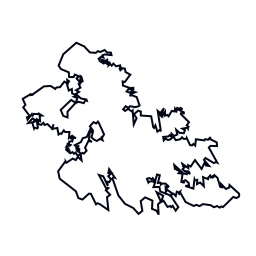 the district of Vestvågøy nor, Nordland, Norway, rotated 262°
{"feature_id": "86288312B23095338426398", "entity_name": "Vestvågøy nor", "entity_type": "district", "adm_level": 2, "iso_a3": "NOR", "parent_name": "Norway", "parent_adm1": "Nordland", "projection": "albers", "projection_center": [13.78, 68.202], "detail": "fine", "context": "isolated", "style": "outline", "palette": "ink", "viewbox_px": 256, "rotation_deg": 262, "n_neighbors": 0, "source": "geoboundaries", "source_scale": "gbopen_adm2", "svg_char_len": 5777}
<svg xmlns="http://www.w3.org/2000/svg" viewBox="0 0 256 256"><g transform="rotate(262 128 128)"><path d="M47.4,228.9L57.4,220.6L55.0,220.0L54.0,216.5L59.2,212.7L56.2,212.9L56.9,211.1L66.1,209.7L68.6,207.6L66.7,204.2L68.6,205.4L67.6,203.3L69.5,202.8L67.0,199.7L65.7,201.0L68.9,195.5L59.8,195.0L64.0,191.8L62.8,188.5L67.0,189.4L66.7,186.7L66.9,186.6L67.5,186.8L67.9,186.7L58.9,184.3L62.6,176.7L62.7,180.4L65.2,180.4L68.4,177.6L67.4,175.0L65.8,176.4L67.2,173.3L75.0,175.7L76.2,171.8L77.7,173.6L81.1,168.7L84.9,168.7L75.4,176.4L74.1,179.7L76.5,180.0L73.8,183.0L76.6,182.0L77.2,178.2L79.6,176.3L81.2,178.4L82.5,177.2L82.9,177.8L84.9,176.7L85.1,176.7L79.9,182.1L82.8,182.4L81.1,184.7L86.9,189.9L77.2,195.2L83.1,199.1L80.1,199.9L79.1,203.0L85.8,198.8L87.5,200.5L81.3,208.2L82.0,210.2L81.2,211.6L97.4,205.3L98.8,207.2L97.7,213.6L101.4,213.9L105.7,207.6L107.5,208.5L105.2,205.6L106.2,203.0L105.1,201.9L107.4,193.7L101.2,192.1L103.1,190.5L101.9,189.1L102.4,187.1L110.1,184.7L109.2,184.3L109.4,181.7L111.3,180.2L109.6,178.3L109.3,173.6L113.2,171.7L110.8,168.4L110.6,165.8L112.4,163.5L110.8,161.7L114.3,161.6L114.0,166.6L115.1,168.4L113.6,169.5L116.4,170.3L113.7,172.3L114.7,175.9L119.5,175.5L116.0,178.4L115.1,182.5L117.9,184.1L119.8,181.8L120.0,186.8L119.2,187.2L121.1,187.5L120.3,188.8L122.4,186.5L125.3,189.2L134.4,182.3L135.8,183.0L134.7,185.2L135.7,185.5L139.0,180.7L139.7,181.8L139.2,184.7L140.6,182.7L139.8,181.8L141.0,179.5L138.1,178.4L140.5,177.3L137.8,176.6L138.9,173.8L134.0,169.8L135.5,168.7L135.1,166.4L138.9,166.9L136.0,164.4L138.1,164.2L137.9,163.8L135.3,163.6L137.2,162.2L135.7,162.2L137.4,161.1L136.6,160.3L138.6,161.5L137.1,163.2L142.6,166.4L138.3,162.1L140.8,159.8L120.1,160.1L121.7,159.2L120.3,156.6L126.8,155.5L124.4,153.8L125.2,153.1L136.4,152.6L138.6,142.4L142.5,143.0L143.8,140.5L140.8,135.8L136.5,137.9L130.8,134.2L144.4,135.0L143.6,134.3L147.0,130.8L145.3,127.5L147.1,125.8L149.9,128.7L147.8,131.4L149.3,132.8L147.7,138.1L148.0,141.5L148.7,142.6L157.4,140.9L159.8,136.6L159.7,135.0L160.1,134.7L162.8,136.4L161.7,137.4L162.4,140.2L164.0,136.7L162.6,135.0L164.3,131.7L166.4,133.8L165.3,138.6L167.1,138.9L167.2,135.8L170.7,128.9L174.8,129.2L173.9,131.1L180.5,137.7L183.8,133.3L187.3,133.2L187.8,130.9L186.3,128.5L188.0,128.0L188.9,130.9L188.2,128.4L191.1,128.9L190.8,124.7L193.8,122.5L192.0,120.5L193.8,119.4L192.8,117.7L196.1,119.1L194.1,116.6L196.0,114.4L196.5,116.9L198.5,116.9L197.6,115.1L199.2,111.6L194.8,113.5L198.0,109.6L200.6,108.6L202.2,111.2L201.2,113.4L203.5,112.7L204.1,115.2L202.5,121.8L205.0,121.6L205.8,117.7L208.5,115.7L207.1,111.2L208.3,108.9L206.9,106.6L208.1,100.8L214.9,96.0L219.6,88.7L210.0,74.1L199.4,68.0L195.7,69.8L191.4,77.1L186.6,76.8L186.1,81.3L188.3,82.8L186.0,86.4L184.3,84.0L179.5,87.0L186.0,88.2L185.4,88.9L180.7,89.6L178.6,85.3L174.6,86.5L172.6,81.8L170.6,84.5L169.0,81.1L163.8,85.5L162.0,90.8L160.8,91.0L161.6,89.8L158.8,87.6L160.9,82.5L160.0,79.4L152.6,70.4L146.9,69.6L149.0,65.6L155.3,63.9L163.7,75.6L160.2,79.7L164.8,82.1L166.5,78.9L167.3,81.7L170.1,77.5L174.4,77.8L173.3,74.6L180.2,73.6L179.8,74.0L182.5,76.1L184.1,74.5L180.5,74.2L182.8,71.4L177.9,66.4L178.1,62.7L176.8,61.4L180.4,57.2L180.9,50.5L174.4,38.1L175.5,37.4L174.1,37.6L174.2,35.1L175.4,37.0L171.5,27.8L165.2,29.6L163.0,27.1L153.1,32.5L152.7,29.4L150.2,29.7L154.9,34.4L154.3,34.4L154.2,34.7L153.8,34.9L153.5,35.3L155.1,36.6L154.2,41.0L154.8,41.5L152.3,44.5L152.4,42.3L147.1,41.9L149.0,39.5L147.9,39.7L148.7,37.9L147.7,37.6L146.8,34.8L149.0,37.0L150.8,34.8L146.8,29.9L146.9,33.9L140.7,34.9L141.4,35.3L140.2,38.2L140.9,38.8L148.0,38.6L144.1,40.4L143.2,42.5L145.0,44.9L142.7,45.7L143.1,48.8L137.9,52.8L142.1,54.8L137.6,53.0L137.9,58.0L131.2,58.3L132.1,60.1L131.4,61.2L134.6,64.1L132.8,65.1L132.2,69.5L126.3,68.1L128.1,71.6L125.0,75.0L126.3,72.4L125.4,71.9L127.2,71.2L125.5,69.1L126.1,70.6L124.3,71.2L125.3,71.4L125.1,72.1L122.7,70.9L122.7,67.8L120.8,67.5L120.8,65.2L119.2,68.8L118.5,68.0L119.2,65.4L118.2,64.5L118.2,65.6L116.8,64.8L116.1,66.1L114.9,65.6L114.2,66.8L113.3,66.9L115.8,63.1L111.0,67.3L111.8,69.7L110.0,70.9L111.0,72.5L107.8,74.3L108.1,76.9L109.9,77.2L112.6,74.3L114.3,74.1L112.9,76.6L114.0,76.8L115.6,73.9L115.1,75.8L117.0,76.3L116.8,74.1L118.4,72.9L120.6,79.4L124.2,81.8L124.8,85.9L132.4,90.7L129.5,93.3L135.0,90.5L138.6,94.7L136.9,97.1L138.5,99.1L136.8,99.9L125.0,103.4L122.1,101.1L123.2,100.2L119.5,101.1L121.1,98.7L119.5,95.4L121.3,92.7L123.8,90.5L128.6,92.6L129.7,89.7L121.9,87.6L119.2,90.3L120.8,87.1L114.4,82.7L111.3,83.8L108.8,80.8L109.7,79.4L108.5,77.4L102.4,77.5L106.4,74.3L103.5,71.8L105.4,69.0L102.1,62.1L102.3,61.7L103.3,61.8L103.5,61.7L102.0,61.6L103.5,61.2L94.9,52.8L87.3,53.3L72.6,67.6L65.5,69.1L63.5,72.9L68.4,80.1L68.0,82.1L56.9,85.7L57.8,87.0L56.6,89.4L49.5,97.1L62.4,97.6L64.4,101.0L69.4,97.4L71.2,100.2L71.6,99.6L70.9,98.8L70.9,98.1L85.5,92.7L83.6,96.8L73.6,99.9L77.7,100.1L77.0,101.9L79.6,104.0L83.1,101.7L85.5,105.2L86.2,102.3L89.9,103.6L80.7,108.0L81.4,106.8L80.3,105.6L62.5,109.1L53.3,114.5L48.1,122.0L41.5,126.5L43.9,130.7L53.8,130.4L56.9,135.3L52.7,142.1L44.6,140.5L42.2,144.7L37.9,146.3L48.2,147.1L50.7,150.3L60.5,147.4L56.1,153.4L50.1,150.6L51.0,153.1L44.4,156.1L44.8,159.1L43.6,159.8L44.7,161.4L39.5,163.7L42.7,166.8L55.2,160.8L60.7,151.1L65.3,150.9L65.9,145.0L70.4,147.4L70.9,145.9L71.8,145.4L72.0,141.6L71.1,140.6L75.1,139.7L75.5,141.9L74.0,144.3L74.9,145.5L71.2,147.3L77.9,150.3L76.8,152.9L69.4,150.0L69.3,152.5L67.4,152.7L68.2,153.9L67.7,157.5L64.6,160.0L63.6,158.9L64.8,157.1L59.5,156.6L61.4,158.1L57.5,162.3L55.5,161.2L56.6,164.0L54.0,165.8L58.1,167.5L57.1,169.3L57.8,170.7L54.9,169.0L56.5,170.9L46.7,174.7L41.6,182.3L42.4,184.9L40.7,188.0L42.2,191.5L40.1,199.1L37.6,202.0L38.3,205.4L36.4,207.8L37.3,209.6L36.5,211.1L45.1,222.7L43.5,225.6L44.8,228.5L47.4,228.9Z" fill="none" stroke="#020617" stroke-width="2"/></g></svg>